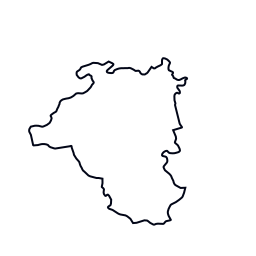 the Province of Zabul, rotated 31°
{"feature_id": "AFG-1755", "entity_name": "Zabul", "entity_type": "Province", "adm_level": 1, "iso_a3": "AFG", "parent_name": "Afghanistan", "parent_adm1": "", "projection": "mercator", "projection_center": [67.11, 32.305], "detail": "fine", "context": "isolated", "style": "outline", "palette": "ink", "viewbox_px": 256, "rotation_deg": 31, "n_neighbors": 0, "source": "natural_earth", "source_scale": "10m", "svg_char_len": 5384}
<svg xmlns="http://www.w3.org/2000/svg" viewBox="0 0 256 256"><g transform="rotate(31 128 128)"><path d="M212.0,184.8L211.6,185.5L208.7,188.2L208.3,189.2L208.0,191.3L207.5,192.1L202.9,194.6L201.4,195.8L200.4,197.2L199.5,197.7L195.9,197.9L193.2,197.5L192.0,197.5L189.6,198.7L184.2,204.8L181.3,206.9L176.8,204.6L176.1,204.5L172.9,204.1L170.9,204.2L166.1,206.0L164.8,206.3L163.4,206.4L157.4,206.2L156.9,206.2L154.1,206.8L153.7,206.9L153.2,206.9L152.7,206.8L152.2,206.7L151.8,206.4L151.6,206.2L151.6,205.7L151.8,205.0L152.6,203.5L152.7,203.1L152.3,201.5L150.5,198.1L146.6,195.8L145.1,195.5L144.8,195.7L144.5,196.1L144.1,197.3L143.8,197.7L143.5,197.8L143.3,197.8L143.1,197.7L142.3,197.4L141.4,197.0L140.8,196.4L140.2,195.7L139.0,193.0L138.8,192.9L138.6,192.7L137.9,192.4L137.4,192.3L136.1,192.1L135.9,192.0L135.7,191.6L134.6,188.5L132.2,184.6L128.5,186.0L126.7,187.1L120.5,188.9L118.6,189.1L114.6,188.2L112.2,187.7L111.7,187.7L111.0,187.4L110.2,187.0L108.8,186.0L106.8,184.9L105.2,183.6L104.5,182.9L103.8,182.3L102.9,181.9L99.4,180.8L95.5,178.8L94.2,177.4L90.1,174.0L89.7,173.6L89.1,172.8L88.8,172.6L88.4,172.7L87.3,173.8L76.2,183.1L75.2,183.5L71.4,184.4L70.0,184.4L69.1,184.2L68.8,184.0L68.4,183.9L68.0,183.8L66.2,184.2L64.5,184.9L62.8,185.9L61.7,186.8L59.6,189.0L56.1,191.5L55.5,191.5L55.4,191.4L48.3,183.9L45.4,182.1L45.1,181.8L44.7,181.3L44.2,180.3L44.0,179.5L44.0,176.9L46.9,174.1L48.1,173.3L50.2,172.2L53.5,171.2L53.9,171.0L54.3,170.7L55.1,169.7L56.9,167.1L58.0,164.5L58.2,163.8L58.1,161.2L57.5,159.0L56.8,158.3L55.8,157.7L55.4,157.4L55.3,156.9L55.4,156.2L56.5,153.5L57.7,151.4L57.9,150.8L57.9,150.3L57.5,148.0L57.4,145.7L57.4,145.4L57.3,145.2L57.1,144.5L57.0,143.2L56.9,142.6L56.4,141.6L56.3,140.7L56.3,139.9L56.6,138.7L57.1,137.7L57.5,137.0L59.7,134.8L61.7,133.1L63.2,131.4L64.2,129.6L64.7,128.6L65.8,125.2L66.5,124.5L67.4,123.8L70.6,122.2L71.4,121.6L71.7,121.3L72.9,119.3L73.8,117.6L74.0,117.1L75.0,112.4L75.0,111.7L75.0,111.1L74.9,109.4L75.0,108.9L75.3,107.9L75.3,107.3L75.2,106.7L74.7,106.2L74.1,105.9L73.2,105.6L72.9,105.4L72.3,104.9L71.3,104.2L71.0,104.0L70.8,103.7L70.5,103.0L70.2,102.6L69.9,102.4L69.3,102.3L68.3,102.4L68.0,102.4L67.6,102.4L67.3,102.2L67.0,102.1L66.7,102.2L66.3,102.6L65.7,103.4L65.3,104.1L64.3,106.5L62.5,109.4L62.0,109.8L61.3,110.1L60.2,110.1L59.4,110.0L56.7,108.9L55.8,107.7L55.5,107.1L55.3,106.5L55.3,106.0L55.5,105.4L56.5,103.3L56.7,102.3L56.7,101.4L56.6,100.6L56.7,100.0L57.5,98.8L61.8,94.0L62.9,92.5L64.0,90.7L64.7,90.0L68.8,87.9L73.2,87.3L74.6,86.0L77.2,81.0L81.1,80.6L82.4,80.7L82.7,81.0L82.8,81.3L82.8,81.9L82.6,82.8L80.6,88.8L80.5,89.5L80.5,90.0L80.6,90.3L80.8,90.5L81.3,90.9L82.1,90.9L83.2,90.6L85.3,89.6L86.3,88.9L86.8,88.1L86.8,87.5L86.6,86.3L86.7,85.8L86.8,85.3L87.1,84.8L88.5,82.9L89.8,81.5L91.3,80.3L97.1,76.7L97.7,76.1L98.6,75.6L99.9,75.3L102.6,75.1L104.7,75.2L105.2,75.1L105.8,74.7L107.4,73.5L108.4,73.4L109.2,73.7L110.1,74.3L110.6,74.5L111.4,74.7L112.0,74.7L112.6,74.7L113.0,74.5L113.7,74.1L114.1,73.9L114.6,73.6L115.0,73.2L115.5,72.1L115.9,71.5L116.2,70.5L116.3,69.7L116.7,63.5L119.4,63.6L119.9,63.3L120.4,62.9L120.6,62.4L120.8,61.8L121.9,59.9L123.4,57.7L123.9,56.7L124.2,55.9L124.1,55.5L123.9,55.1L122.7,53.2L122.3,52.4L122.0,51.7L122.0,50.8L122.1,50.2L122.5,49.9L122.9,49.7L124.1,49.3L126.5,49.1L129.1,49.7L129.8,50.0L130.3,50.3L130.5,50.7L130.6,51.2L130.8,53.3L131.1,54.2L131.5,55.2L132.3,56.6L132.9,57.1L133.3,57.4L133.7,57.4L136.4,57.1L137.3,57.0L137.7,57.1L138.0,57.3L138.2,57.6L138.3,58.0L138.3,58.3L138.3,59.1L138.3,59.6L138.6,59.8L139.8,60.2L140.3,60.5L141.1,61.3L141.5,61.5L142.0,61.4L142.6,61.3L145.3,61.3L145.9,61.1L146.5,60.9L147.0,60.6L147.4,60.2L148.2,59.1L149.2,57.4L150.6,55.6L151.0,55.3L151.6,55.0L152.6,54.9L153.0,55.0L153.2,55.6L153.1,55.9L153.0,56.2L152.6,56.8L152.5,57.1L152.4,57.4L152.4,57.6L152.5,57.9L153.0,58.4L153.4,58.9L153.5,59.2L153.8,59.7L154.0,60.3L154.1,60.9L154.1,61.5L154.1,62.1L153.8,62.6L153.5,63.0L153.1,63.4L152.7,63.7L149.3,65.6L148.9,65.9L148.7,66.4L148.8,67.0L149.3,67.8L149.8,68.2L152.9,69.5L153.6,70.0L154.0,70.6L154.3,71.0L154.4,71.4L154.3,71.7L154.2,72.0L153.9,72.2L153.6,72.3L152.3,72.4L152.0,72.5L151.7,72.7L151.4,73.1L151.2,73.6L151.0,74.1L150.9,74.6L150.9,75.7L151.4,76.9L153.6,80.3L155.9,82.4L156.1,82.8L156.3,83.7L156.5,84.1L169.9,97.5L170.8,98.1L173.7,99.4L173.9,99.7L173.8,100.0L167.8,106.6L173.4,110.7L174.8,112.5L175.5,116.0L175.8,116.3L176.0,116.5L179.4,117.1L180.1,117.4L182.9,119.2L183.7,120.0L184.2,120.7L184.2,121.2L184.1,121.8L183.9,122.3L183.5,122.9L182.3,124.2L180.9,125.6L179.3,126.7L176.9,127.9L176.4,128.0L176.1,128.1L175.8,128.0L174.9,127.9L173.6,127.5L173.2,127.5L172.7,127.8L172.3,128.2L171.8,128.8L171.3,129.7L170.9,130.7L170.7,132.3L170.9,133.2L171.2,133.8L171.6,134.0L171.9,134.1L172.2,134.1L174.7,133.3L175.2,133.2L175.6,133.2L175.9,133.3L176.4,133.5L177.0,133.9L177.7,134.6L178.6,135.8L179.0,136.7L179.1,137.7L178.5,141.6L178.4,142.6L178.6,143.1L178.8,143.4L179.7,144.1L181.0,144.9L181.5,145.2L187.0,146.0L188.7,146.5L189.8,147.0L191.6,148.4L194.0,149.9L195.3,151.2L196.5,152.0L197.3,152.3L198.1,152.5L203.9,152.3L204.4,152.0L207.9,149.7L209.4,154.6L210.1,158.4L210.1,159.2L210.1,159.5L209.8,160.5L208.8,163.3L207.2,166.9L204.6,171.0L204.3,171.7L204.2,172.3L204.2,173.0L204.3,174.5L204.5,176.6L204.8,177.6L205.0,178.6L205.4,179.5L205.9,180.3L206.6,181.1L208.1,182.4L211.4,184.3L212.0,184.7L212.0,184.8Z" fill="none" stroke="#020617" stroke-width="2"/></g></svg>